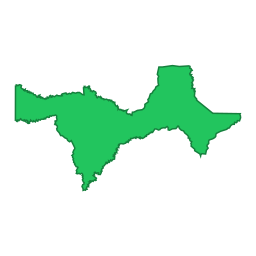 Ou Reang, Môndól Kiri, Cambodia (Mercator projection)
{"feature_id": "14789045B75407950785126", "entity_name": "Ou Reang", "entity_type": "district", "adm_level": 2, "iso_a3": "KHM", "parent_name": "Cambodia", "parent_adm1": "Môndól Kiri", "projection": "mercator", "projection_center": [107.115, 12.328], "detail": "fine", "context": "isolated", "style": "filled", "palette": "green", "viewbox_px": 256, "rotation_deg": 0, "n_neighbors": 0, "source": "geoboundaries", "source_scale": "gbopen_adm2", "svg_char_len": 5737}
<svg xmlns="http://www.w3.org/2000/svg" viewBox="0 0 256 256"><path d="M83.1,190.4L84.6,189.9L85.5,190.2L85.9,189.3L87.0,189.2L86.4,188.2L87.1,186.7L88.6,186.7L87.8,184.7L88.7,185.0L88.8,183.7L90.0,182.8L89.1,182.0L89.9,181.9L89.8,180.9L90.6,180.8L91.1,181.9L92.3,180.8L93.1,181.4L94.5,179.9L95.7,180.5L96.1,180.2L95.7,179.5L96.4,178.2L93.2,175.6L94.4,175.0L93.9,174.5L94.7,173.6L94.4,172.5L95.1,172.2L96.5,173.5L97.4,172.9L98.5,172.9L98.2,174.4L100.3,174.5L101.3,172.5L101.0,171.4L101.9,171.2L101.6,169.2L103.2,167.9L102.7,166.5L104.3,165.7L105.1,164.3L105.8,164.0L106.0,162.4L106.9,162.4L106.3,162.9L107.2,163.4L107.9,162.4L109.0,162.4L108.8,161.0L109.7,161.7L110.7,160.0L111.7,160.9L112.6,159.6L114.5,159.1L114.7,156.8L114.2,157.0L113.5,156.4L114.2,156.2L114.6,155.2L113.8,154.9L115.4,154.1L114.6,153.2L115.0,152.7L116.6,152.7L116.3,152.4L116.8,151.3L116.2,150.0L117.6,149.9L116.5,148.5L118.0,147.5L118.8,147.6L118.6,146.6L119.1,145.5L118.4,145.2L118.7,144.5L119.4,144.7L119.7,144.0L120.8,143.6L123.4,143.9L125.7,143.1L126.0,142.3L126.8,142.3L127.3,141.4L128.2,142.3L128.9,141.0L128.8,140.1L129.7,140.3L130.2,139.6L130.7,139.8L130.6,138.5L132.8,138.4L134.1,137.5L135.5,138.2L135.5,137.5L136.1,137.0L136.4,137.8L137.0,137.3L138.3,137.6L139.7,137.1L139.4,138.1L140.0,138.5L140.2,137.6L140.8,138.4L141.6,137.8L142.6,138.4L144.5,137.3L144.9,136.6L146.0,136.4L145.8,135.9L146.6,135.8L146.7,134.8L148.8,134.3L149.0,133.4L150.5,132.9L151.0,132.3L151.6,132.5L151.9,132.0L152.6,132.4L154.8,129.0L156.4,129.0L158.5,130.0L159.9,129.6L160.4,128.8L161.8,128.1L163.9,127.7L165.1,128.0L167.1,126.5L168.1,127.5L168.2,129.9L169.6,130.2L172.5,128.8L175.9,128.6L178.0,126.0L178.6,126.3L179.5,128.5L181.3,130.2L183.6,130.9L184.7,132.9L187.5,135.2L188.5,136.6L188.2,138.0L189.8,138.4L189.5,139.1L190.1,140.7L191.7,141.7L190.9,143.6L191.4,144.6L191.1,146.1L194.7,149.2L194.7,150.7L199.9,153.9L200.6,155.9L200.8,154.8L201.8,153.7L205.6,154.0L206.4,150.2L208.1,148.1L206.9,146.0L207.3,144.9L208.7,143.5L208.7,140.9L209.3,139.9L212.7,138.8L214.7,137.6L215.7,136.5L215.9,134.2L216.6,133.3L220.5,131.3L226.8,129.3L227.7,128.3L229.4,127.9L230.9,125.4L232.6,124.3L234.3,124.3L234.6,122.3L236.3,122.7L236.9,122.3L237.4,120.6L239.5,120.9L240.6,117.8L240.4,115.7L239.8,114.5L240.2,113.7L212.8,113.3L196.6,100.2L196.7,99.1L194.4,96.3L194.8,91.9L194.3,91.8L194.1,90.3L194.8,90.6L194.4,89.5L194.7,88.7L193.9,88.8L193.8,89.3L193.5,88.4L191.8,88.4L192.5,87.0L192.0,86.0L192.6,85.6L192.0,85.1L192.8,84.3L191.7,82.6L192.7,81.7L192.8,80.7L193.4,80.0L192.7,79.4L193.0,78.0L192.2,78.4L191.9,78.1L192.3,76.8L190.7,75.6L191.5,74.6L189.9,74.5L189.7,73.6L190.7,72.3L190.8,71.1L192.2,70.4L190.9,68.5L189.8,68.2L190.0,66.4L188.9,65.9L179.3,66.5L172.4,65.6L162.5,67.0L158.9,67.0L157.3,74.4L158.7,76.2L157.9,78.4L158.1,82.7L158.6,85.3L156.0,86.8L155.0,89.3L153.4,90.8L152.1,93.1L150.4,93.9L149.0,98.2L147.9,99.5L148.4,101.8L144.9,104.3L144.9,106.4L144.1,108.3L142.2,109.7L137.4,110.4L134.0,112.1L132.4,112.2L131.9,115.4L130.8,115.0L130.8,114.3L129.1,113.9L128.6,114.3L126.8,113.6L126.4,112.7L126.7,110.7L127.3,109.9L124.7,110.8L123.7,110.5L123.6,111.1L122.2,110.5L123.3,110.0L121.9,110.2L120.7,109.4L119.7,109.8L118.5,108.7L118.1,109.2L118.1,108.0L117.7,107.6L118.2,107.0L117.5,106.5L117.4,105.7L116.6,106.2L115.8,105.8L114.8,104.0L114.8,102.4L113.4,102.6L113.5,101.9L112.2,101.7L111.7,100.4L110.8,100.3L110.6,100.8L109.7,99.9L108.8,100.6L108.5,99.9L107.6,99.9L106.7,99.2L104.0,99.6L103.9,98.9L101.9,98.6L101.4,97.3L100.9,97.4L100.6,97.0L100.5,97.7L98.6,96.5L97.2,97.8L96.6,97.1L96.6,96.0L95.3,95.0L96.2,93.3L95.6,92.0L93.4,90.8L92.3,91.7L91.7,90.9L90.5,91.0L90.6,89.5L89.2,87.4L89.5,86.3L89.0,86.0L88.2,86.6L88.3,88.1L87.3,87.1L85.6,87.5L84.6,86.8L84.8,86.4L84.2,86.4L84.3,87.5L83.5,87.8L84.0,94.8L82.6,94.6L79.5,92.5L77.4,92.5L75.6,93.2L72.6,92.4L70.8,93.9L69.4,93.3L67.0,94.3L66.4,94.0L66.4,93.2L65.6,93.0L62.2,93.9L61.5,94.6L62.2,95.7L61.0,95.9L57.9,95.7L56.9,95.1L54.5,96.7L52.6,95.9L52.0,97.1L51.1,97.3L50.9,95.6L50.5,95.4L49.5,96.1L48.9,97.5L48.2,98.1L47.2,97.1L46.6,98.8L45.6,98.3L45.0,99.2L44.3,98.6L42.9,98.5L42.7,97.6L42.2,97.7L41.0,96.9L41.3,97.9L40.9,98.1L39.6,97.3L39.1,96.1L39.6,95.1L38.2,95.6L37.9,97.3L37.1,97.3L35.3,94.8L33.6,94.7L33.0,93.2L31.7,93.3L30.8,92.2L30.0,93.0L29.0,91.4L28.3,92.4L27.4,92.2L27.4,90.7L24.9,90.8L25.2,89.3L23.7,90.2L23.3,89.2L22.0,88.7L20.9,87.5L21.5,85.5L20.7,85.0L19.2,84.7L18.4,85.5L16.6,85.0L16.9,85.7L15.5,86.0L15.4,120.1L15.9,120.0L16.5,121.1L17.0,120.6L17.5,121.1L17.7,120.0L18.8,120.0L18.6,120.6L18.9,120.7L20.3,119.0L20.5,119.4L20.9,119.0L21.6,120.0L23.5,120.8L23.5,120.3L24.2,119.9L24.5,120.9L25.2,120.4L25.6,121.4L26.6,120.2L27.6,120.7L27.4,121.5L27.9,121.9L27.0,122.5L28.0,123.4L28.8,123.4L29.4,123.2L28.9,122.1L30.3,121.6L30.6,120.1L32.5,121.8L33.4,121.6L33.5,120.8L35.4,121.9L36.3,119.9L36.9,120.8L37.8,121.2L38.4,119.6L40.3,120.1L41.1,119.2L44.0,119.2L44.3,118.3L45.6,118.8L45.9,117.9L47.3,116.8L48.3,117.4L49.3,117.3L49.9,115.8L51.4,116.2L52.4,115.5L54.1,115.6L55.4,115.0L56.1,115.3L56.7,116.0L56.5,117.6L57.0,119.4L56.5,121.0L55.2,120.9L55.1,121.9L55.6,123.0L55.1,123.4L55.4,123.7L54.9,124.5L56.1,124.8L57.3,126.0L57.3,128.0L56.7,128.7L57.1,130.4L59.2,132.7L60.7,135.6L62.3,135.6L64.8,137.8L66.9,138.7L67.7,140.4L69.1,141.5L69.7,141.8L71.3,140.6L74.8,147.9L74.7,148.9L73.7,150.3L72.9,152.4L73.6,153.8L71.9,155.5L72.7,156.2L72.6,157.4L73.5,158.7L73.0,159.7L73.8,161.2L73.6,162.3L74.8,163.4L74.6,164.2L76.2,166.7L77.7,167.0L78.0,167.5L76.3,170.6L76.9,171.8L76.3,173.4L77.2,173.8L79.2,173.4L80.3,174.1L81.8,173.3L82.5,174.1L82.8,175.4L82.2,175.7L82.9,176.4L82.5,177.4L83.2,178.6L82.4,179.8L83.4,182.0L84.2,182.7L83.7,184.3L82.7,184.7L82.0,186.5L83.1,188.7L83.1,190.4Z" fill="#22c55e" stroke="#15803d" stroke-width="1.5"/></svg>